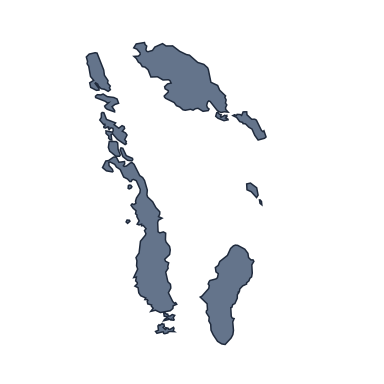 the Province of Nusa Tenggara Timur, rotated 259°
{"feature_id": "IDN-1235", "entity_name": "Nusa Tenggara Timur", "entity_type": "Province", "adm_level": 1, "iso_a3": "IDN", "parent_name": "Indonesia", "parent_adm1": "", "projection": "natural_earth1", "projection_center": [122.339, -9.496], "detail": "fine", "context": "isolated", "style": "filled", "palette": "slate", "viewbox_px": 384, "rotation_deg": 259, "n_neighbors": 0, "source": "natural_earth", "source_scale": "10m", "svg_char_len": 6075}
<svg xmlns="http://www.w3.org/2000/svg" viewBox="0 0 384 384"><g transform="rotate(259 192 192)"><path d="M241.2,121.6L240.8,124.3L235.1,126.0L234.8,131.6L232.5,131.3L230.8,129.6L230.0,130.3L230.0,132.6L232.3,137.0L232.3,138.8L230.2,140.4L218.1,143.8L215.6,146.3L212.3,147.6L202.4,148.5L197.9,147.2L195.5,147.5L190.0,151.5L183.5,153.6L178.7,156.6L176.4,156.1L174.2,154.4L172.0,157.6L170.7,153.6L168.7,152.5L159.4,151.1L158.0,152.6L158.3,156.3L156.6,158.3L150.1,156.8L147.8,157.0L142.9,159.6L139.3,159.6L134.9,158.1L131.2,152.4L129.1,152.8L126.9,155.6L123.6,154.0L121.6,154.0L118.4,150.9L108.5,151.2L105.6,153.2L103.4,153.1L101.6,152.8L97.6,149.6L88.1,152.2L86.1,153.6L86.5,154.8L84.7,155.6L83.9,151.8L81.3,151.0L79.6,148.0L79.7,138.0L82.9,133.6L82.7,128.8L85.3,131.7L87.8,130.3L88.8,130.8L90.6,127.2L93.2,127.2L94.0,128.0L94.8,127.6L95.4,125.2L96.8,126.4L100.0,121.8L103.2,120.5L108.3,120.8L110.5,118.0L112.3,120.8L113.6,121.0L115.5,119.7L119.1,121.2L119.1,118.4L126.7,124.0L130.1,123.5L135.0,124.8L138.3,124.5L142.2,128.4L153.5,132.0L158.6,138.1L160.0,138.8L163.2,138.0L164.7,139.9L168.4,137.8L168.4,136.1L170.0,136.4L169.8,133.7L170.9,132.0L173.7,134.6L178.3,133.2L180.0,133.6L181.4,132.4L184.3,133.5L187.1,131.2L190.7,129.6L191.8,131.0L190.8,132.7L191.7,134.8L193.8,134.8L196.8,136.4L201.2,140.7L204.2,141.7L213.7,139.5L215.5,137.0L215.4,135.6L213.9,134.3L214.1,133.0L217.1,131.2L219.7,127.8L227.8,125.8L230.9,122.6L233.9,121.4L237.1,117.3L236.9,116.0L233.7,115.6L229.4,118.2L227.3,118.4L226.9,117.7L229.1,112.0L233.0,108.8L238.9,113.3L238.8,116.2L241.2,121.6ZM302.9,192.3L305.6,191.6L306.7,190.3L307.5,184.9L311.7,180.1L312.7,173.6L320.4,172.2L323.6,169.7L324.6,167.1L328.1,165.9L329.6,164.2L333.7,162.8L336.2,160.9L335.6,165.3L336.9,167.4L338.5,167.6L342.8,165.1L344.6,162.3L348.0,165.5L347.8,173.9L345.6,174.1L343.9,175.4L340.6,173.9L338.9,174.3L338.1,175.5L338.5,180.2L341.4,183.2L343.3,191.4L340.3,194.4L339.1,200.9L332.5,206.7L328.0,212.7L326.8,215.6L318.1,222.3L315.0,228.0L311.0,231.0L309.1,231.4L296.1,231.5L291.7,237.5L286.6,238.6L279.9,243.3L278.8,242.3L275.9,243.1L272.9,241.8L270.8,242.8L268.6,241.1L266.7,240.8L263.5,242.7L264.6,239.0L264.5,235.7L265.7,233.8L267.3,232.3L277.4,227.1L278.2,225.8L277.2,224.4L274.2,222.9L271.9,223.2L270.2,224.6L268.8,223.4L269.1,218.2L273.0,213.9L273.1,211.3L272.1,208.7L273.5,206.3L273.5,201.0L274.4,198.8L277.8,196.2L279.7,193.2L283.2,191.6L289.0,184.0L290.5,183.1L291.5,183.0L294.6,187.7L296.1,188.0L298.4,185.3L300.6,185.2L302.8,188.7L302.9,192.3ZM129.2,219.1L131.2,222.3L131.6,224.4L130.9,226.7L125.8,232.9L121.1,235.2L116.9,235.0L114.1,236.9L113.7,239.0L112.1,239.5L109.1,236.8L101.0,235.7L97.3,234.3L96.2,232.3L93.9,230.9L92.5,228.3L91.2,228.0L90.2,223.9L87.8,220.5L85.5,219.6L84.9,218.3L84.3,218.8L82.5,216.9L79.1,216.2L74.3,212.8L73.7,210.5L71.1,209.1L71.1,208.0L62.4,206.8L60.5,207.5L59.7,209.2L56.7,207.2L48.2,206.3L44.2,204.9L41.2,202.5L36.0,195.4L37.2,192.2L40.5,188.6L47.7,185.6L52.7,184.3L58.5,185.1L62.2,183.9L65.8,185.0L70.8,183.0L72.5,183.4L73.4,184.7L79.4,185.5L87.3,180.0L87.9,181.9L94.1,190.0L96.9,191.1L98.6,190.3L100.9,191.8L101.7,192.8L102.1,198.9L103.0,200.6L106.8,202.2L109.0,200.3L113.4,200.5L114.9,203.7L118.5,206.0L123.0,214.7L129.2,219.1ZM347.0,117.4L347.2,123.5L346.5,125.3L328.6,128.6L323.3,128.3L317.4,130.8L315.0,129.9L311.6,132.0L310.0,130.8L308.0,131.4L306.8,128.9L309.5,125.7L310.7,122.6L313.8,120.4L315.9,120.0L317.6,118.2L317.1,117.6L311.3,120.4L309.8,120.2L310.0,117.6L314.0,112.5L318.7,112.4L320.4,116.8L324.7,114.4L335.2,114.6L337.9,113.5L340.2,114.4L344.7,114.0L347.0,117.4ZM286.5,118.0L287.2,119.0L286.7,120.6L279.6,121.9L274.4,130.2L272.9,128.4L268.6,132.3L270.5,136.0L269.2,137.8L267.2,138.0L265.0,135.2L262.7,138.0L260.3,139.1L256.2,135.9L254.1,137.2L252.8,136.4L251.9,136.8L251.3,135.4L257.9,128.8L264.3,125.2L263.7,123.5L258.5,123.2L259.0,121.6L260.7,120.4L262.8,121.0L265.8,118.8L268.4,119.2L265.9,125.4L267.4,126.4L269.5,126.6L270.5,124.8L269.1,122.6L270.1,122.0L271.4,122.7L272.0,121.9L271.3,119.1L272.1,117.8L273.3,118.0L273.6,119.2L275.1,119.4L275.3,118.0L280.3,115.2L282.5,117.2L286.5,118.0ZM257.7,255.3L260.9,257.5L260.3,261.0L257.3,260.7L252.0,264.5L251.5,267.5L250.3,268.9L239.2,271.9L237.7,273.2L238.4,274.3L231.9,275.2L230.9,273.5L230.4,266.8L235.7,264.4L242.3,262.9L244.8,260.1L248.7,257.5L249.4,255.1L250.6,255.0L252.0,252.3L256.7,250.0L259.2,246.7L259.7,248.5L258.7,250.3L259.6,251.1L258.8,254.2L257.7,255.3ZM305.6,117.6L304.7,121.1L305.2,123.4L301.8,127.0L299.7,133.3L297.6,136.2L293.1,136.9L292.6,132.9L291.0,129.8L286.6,131.6L285.4,131.3L289.4,124.5L291.3,123.0L293.0,122.6L295.6,127.2L295.6,126.0L297.7,124.0L303.1,115.4L304.4,115.5L305.6,117.6ZM257.4,120.4L256.0,127.2L254.4,128.4L248.1,127.6L242.0,128.7L240.9,127.6L241.7,124.1L247.8,119.0L251.8,118.4L257.4,120.4ZM183.7,246.4L189.5,247.2L189.6,251.1L183.8,256.3L176.3,256.3L174.2,254.3L181.0,250.2L183.7,246.4ZM67.2,135.0L68.6,137.6L67.9,137.8L67.7,139.2L65.5,139.2L64.6,137.8L62.1,139.6L62.8,140.7L63.8,140.4L62.9,142.5L61.7,142.9L61.4,144.4L62.7,148.0L61.6,148.3L59.2,147.1L58.3,148.0L59.3,143.7L59.1,141.8L58.3,141.4L58.1,138.2L58.6,137.2L60.0,137.2L60.3,136.0L60.0,130.6L62.1,129.6L62.7,132.7L67.0,133.0L68.0,134.3L67.2,135.0ZM247.2,129.6L248.9,130.7L248.1,132.4L240.2,134.4L236.4,140.0L235.0,140.0L234.0,138.8L235.4,134.8L239.9,130.9L247.2,129.6ZM261.8,229.7L265.1,231.4L265.2,232.3L262.9,233.9L262.2,235.4L260.4,234.3L259.7,234.7L261.1,238.9L260.4,239.5L260.6,240.8L259.4,240.7L258.2,239.0L256.8,241.1L256.0,241.2L255.9,237.0L259.4,231.6L261.8,229.7ZM75.4,141.0L78.9,141.2L78.7,142.2L76.7,144.0L76.8,144.8L74.7,145.2L74.5,147.0L75.5,149.2L74.2,151.5L72.1,149.5L70.0,150.1L69.6,149.6L70.3,147.3L71.0,147.2L70.6,146.4L72.3,144.7L71.3,144.4L71.0,139.6L72.3,140.8L73.0,143.2L74.1,143.7L75.4,141.0ZM207.8,130.0L210.3,130.7L210.8,131.6L210.3,133.2L208.6,134.0L207.4,132.8L207.0,130.9L207.8,130.0ZM175.2,121.6L176.9,122.9L176.2,125.2L175.1,125.5L173.5,122.8L175.2,121.6ZM167.9,256.6L171.4,256.7L171.3,257.3L169.5,258.4L166.1,258.1L167.9,256.6Z" fill="#64748b" stroke="#1e293b" stroke-width="1.5"/></g></svg>